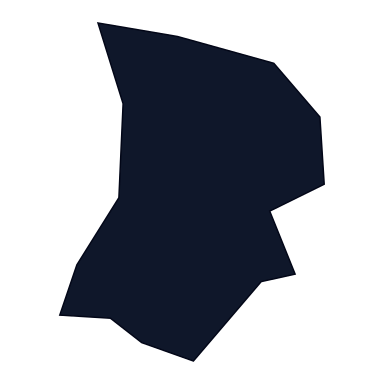 the Unitary Authority of Bracknell Forest
{"feature_id": "GBR-5702", "entity_name": "Bracknell Forest", "entity_type": "Unitary Authority", "adm_level": 1, "iso_a3": "GBR", "parent_name": "United Kingdom", "parent_adm1": "", "projection": "orthographic", "projection_center": [-0.768, 51.401], "detail": "fine", "context": "isolated", "style": "filled", "palette": "ink", "viewbox_px": 384, "rotation_deg": 0, "n_neighbors": 0, "source": "natural_earth", "source_scale": "10m", "svg_char_len": 318}
<svg xmlns="http://www.w3.org/2000/svg" viewBox="0 0 384 384"><path d="M193.4,361.0L141.7,342.6L110.4,318.2L59.8,315.1L76.9,264.8L118.9,197.7L123.1,103.7L98.0,23.0L177.5,36.5L273.8,63.3L319.9,117.0L324.2,184.2L269.7,211.1L295.1,274.1L261.2,281.6L193.4,361.0Z" fill="#0f172a" stroke="#020617" stroke-width="1.5"/></svg>